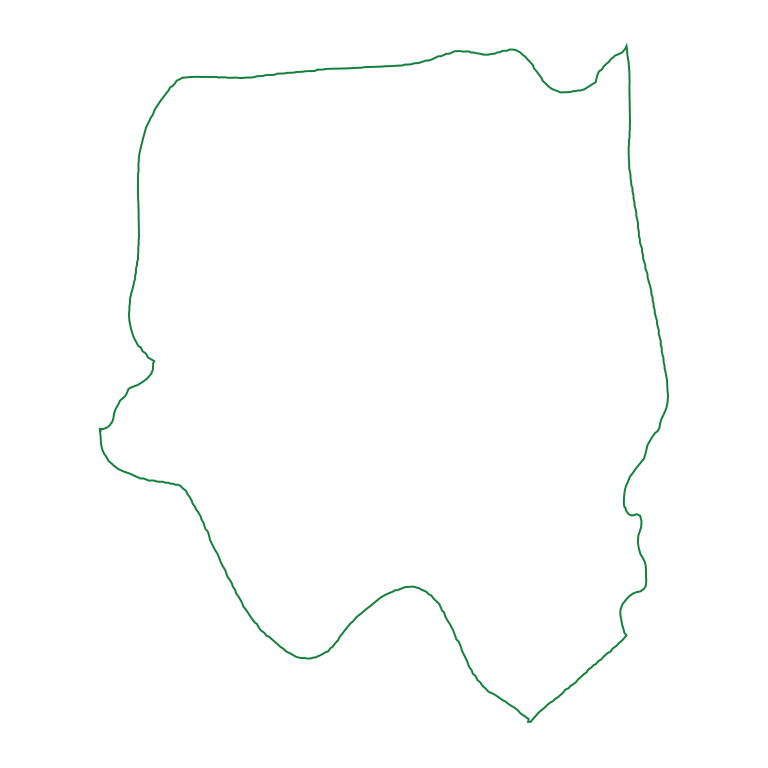 Cidade De Chimoio, Manica, Mozambique (Equal Earth projection)
{"feature_id": "85939544B35135302322965", "entity_name": "Cidade De Chimoio", "entity_type": "district", "adm_level": 2, "iso_a3": "MOZ", "parent_name": "Mozambique", "parent_adm1": "Manica", "projection": "equal_earth", "projection_center": [33.456, -19.135], "detail": "fine", "context": "isolated", "style": "outline", "palette": "green", "viewbox_px": 768, "rotation_deg": 0, "n_neighbors": 0, "source": "geoboundaries", "source_scale": "gbopen_adm2", "svg_char_len": 6007}
<svg xmlns="http://www.w3.org/2000/svg" viewBox="0 0 768 768"><path d="M131.0,328.8L133.0,335.5L134.2,338.3L138.4,346.2L140.6,347.3L142.7,351.3L145.9,353.5L148.0,357.5L154.2,361.1L153.2,363.3L152.9,369.6L151.2,373.9L146.9,378.8L142.3,382.1L137.7,385.0L131.6,387.2L128.4,389.1L127.0,392.8L125.0,396.4L120.1,400.5L118.4,404.2L115.8,408.6L114.1,413.4L113.5,417.8L112.4,421.5L109.5,425.6L106.6,427.8L103.4,428.9L100.6,429.0L100.6,430.0L99.9,429.5L100.0,431.6L100.5,435.1L100.8,439.1L100.9,443.1L101.6,446.8L102.6,450.5L104.4,454.2L106.7,457.3L108.6,461.0L111.3,463.2L113.8,465.7L118.8,469.3L123.6,471.5L129.7,473.6L140.4,478.5L143.3,478.4L148.9,480.6L153.7,480.5L156.8,481.5L159.8,481.8L162.7,481.7L165.6,482.8L168.3,482.7L170.8,483.8L173.1,483.7L175.6,484.8L177.8,484.7L180.5,485.8L182.8,488.4L185.8,490.6L187.9,494.6L189.9,497.4L191.6,500.5L192.8,503.9L195.0,506.7L196.2,509.5L198.3,512.4L200.6,516.3L201.6,519.7L203.6,522.9L204.6,526.6L205.5,529.1L207.8,531.6L209.0,535.3L210.0,539.9L211.2,542.4L215.4,550.7L217.4,553.5L221.0,562.6L223.1,566.8L225.1,569.9L227.5,576.8L229.8,579.8L231.9,583.5L232.8,586.4L235.1,590.0L236.1,593.2L238.9,597.2L241.9,602.5L243.3,606.5L246.1,609.9L250.7,616.9L254.8,622.6L256.9,623.9L259.0,627.9L260.8,630.4L264.2,632.7L266.5,635.8L269.2,636.8L272.0,639.4L277.9,644.4L280.4,646.9L282.7,648.3L285.9,651.1L288.0,652.4L290.4,653.5L295.4,656.5L298.6,657.6L301.8,658.1L304.2,658.0L307.2,658.5L310.5,658.5L313.5,657.5L315.9,657.4L317.9,656.2L320.4,655.3L325.5,652.3L328.4,651.1L330.4,648.2L332.4,647.0L335.5,642.9L338.1,640.2L340.1,636.2L342.5,633.5L345.8,629.1L350.9,623.0L352.9,621.5L356.2,617.4L362.2,612.6L365.5,609.7L370.6,605.8L379.9,598.1L382.1,596.6L386.6,594.2L392.4,591.8L395.3,590.2L397.3,590.2L402.7,588.0L405.6,587.1L413.2,586.6L416.2,587.4L419.4,588.4L421.4,589.6L426.2,591.7L428.7,594.2L431.4,595.6L433.7,598.7L439.0,603.7L440.8,607.4L442.0,610.5L444.1,612.5L445.2,616.2L447.1,619.9L450.1,624.4L451.3,627.0L453.1,630.0L456.4,639.4L459.0,642.0L461.1,647.6L462.0,650.8L467.2,661.3L468.4,665.0L469.5,667.5L471.6,670.0L472.8,673.8L475.5,676.0L477.4,679.9L480.3,682.5L482.2,685.5L485.4,688.4L488.4,691.7L493.8,694.1L499.3,697.7L502.7,700.2L505.6,701.6L508.6,704.1L514.8,707.9L517.7,710.2L520.9,713.8L523.2,715.2L528.7,719.1L528.1,721.9L530.5,721.9L538.7,712.5L544.9,707.4L547.5,704.8L550.4,702.4L552.9,701.2L555.3,698.8L557.8,697.3L563.5,692.3L565.3,689.7L568.6,688.2L570.6,685.8L572.8,684.6L575.9,682.2L577.9,679.6L584.1,674.0L586.4,672.5L588.5,669.3L591.0,667.8L593.7,665.1L596.1,663.9L598.5,661.0L601.2,659.5L604.1,656.2L607.6,653.0L610.3,651.8L612.7,648.5L616.9,645.5L619.1,642.9L622.0,640.6L626.5,635.5L624.3,632.7L623.6,629.4L622.2,625.0L620.4,614.7L620.4,609.9L622.4,604.4L626.1,599.6L629.6,595.9L633.0,593.6L636.2,592.2L640.5,591.4L644.0,588.8L645.7,586.2L646.3,580.7L646.0,577.1L646.0,571.5L645.7,565.7L644.8,562.0L642.8,557.9L640.5,554.3L638.7,548.0L637.8,541.8L638.4,535.5L641.2,527.0L641.5,521.1L640.1,515.7L636.6,514.2L633.4,515.3L630.9,515.3L628.3,513.8L625.9,510.2L625.4,507.8L624.4,506.9L623.9,503.9L623.9,499.9L624.2,495.8L624.7,491.0L625.9,486.3L628.2,481.1L629.9,476.7L632.8,473.0L636.2,468.2L644.0,458.6L646.0,451.6L647.4,445.3L651.4,438.3L654.9,433.2L657.8,430.9L659.5,427.7L660.0,423.6L661.5,418.8L664.1,413.6L666.4,408.1L667.5,402.9L668.1,395.2L667.5,390.8L667.0,379.9L665.6,372.4L664.6,368.4L664.5,365.3L663.6,362.1L663.5,358.1L662.6,355.3L661.8,351.3L661.8,348.1L660.8,345.3L660.7,340.7L658.8,334.1L658.8,330.4L657.1,324.1L657.0,321.0L654.9,313.5L654.6,309.6L653.6,306.7L653.6,303.8L652.6,300.1L652.6,297.3L651.4,294.1L651.3,291.3L650.4,287.0L648.5,280.7L647.5,277.0L647.5,274.1L645.3,268.2L645.3,265.3L643.1,258.5L643.1,255.3L642.1,252.2L642.1,248.7L640.9,245.6L639.9,242.5L639.9,239.6L638.9,235.6L638.8,231.3L638.1,228.4L638.0,223.0L636.3,215.6L636.3,212.7L635.5,208.7L634.6,205.9L634.5,202.7L633.6,199.0L633.5,195.3L632.5,191.6L632.5,188.1L631.3,185.0L631.2,182.1L630.5,177.8L630.5,175.0L629.9,171.3L629.2,168.1L629.1,161.8L628.8,158.1L628.6,147.2L629.0,144.3L629.0,140.6L629.6,136.8L629.5,132.5L629.9,129.9L629.8,125.6L630.0,122.1L629.4,86.6L629.6,83.1L629.4,72.8L628.5,61.3L627.3,54.7L627.2,51.0L626.5,46.1L625.5,48.4L622.3,52.4L618.3,54.3L614.6,55.8L613.9,56.8L611.0,59.1L608.6,62.0L605.9,64.3L603.1,67.2L602.2,69.1L598.9,71.5L597.1,75.8L595.7,82.1L584.7,89.1L581.1,90.4L578.0,90.5L575.5,91.1L572.8,91.2L570.3,92.1L560.0,92.4L558.0,91.3L551.8,88.9L548.4,86.4L546.1,83.9L542.9,81.1L541.1,77.4L536.5,71.2L534.0,68.4L533.0,65.3L529.8,61.6L527.5,59.4L525.4,56.8L523.2,55.2L520.2,52.4L515.4,49.9L512.0,49.5L509.6,49.5L507.1,50.7L502.2,50.9L499.9,52.3L497.5,52.4L494.3,53.7L491.4,54.0L488.5,54.6L485.6,54.7L482.7,54.5L479.7,53.7L476.6,53.2L473.6,52.5L470.9,52.5L468.7,51.4L463.1,51.6L460.6,51.1L454.7,51.2L449.4,53.7L446.4,53.8L441.1,56.2L438.2,56.3L432.2,59.3L428.8,60.5L425.9,60.6L418.5,63.1L414.7,63.2L410.9,64.4L404.8,64.6L402.1,65.5L396.7,65.7L393.8,66.0L384.4,66.3L381.9,66.6L364.6,67.1L361.9,67.7L352.5,68.0L350.2,68.3L326.4,68.9L322.8,69.6L317.4,69.7L314.5,71.0L305.3,71.2L302.4,71.8L296.6,72.0L293.0,72.7L287.3,72.8L284.2,73.5L277.5,73.6L274.1,74.9L265.8,75.1L262.9,76.0L257.0,76.2L254.4,77.1L251.2,77.5L245.6,77.6L242.4,78.0L239.8,78.0L236.6,77.6L228.3,77.8L225.1,77.3L218.8,77.4L215.7,76.9L209.8,77.1L206.5,76.9L201.3,77.0L198.4,76.8L190.3,77.0L182.2,77.8L179.7,79.3L176.8,80.6L174.6,83.8L172.4,86.1L170.2,87.3L168.5,90.5L166.3,93.2L161.0,100.2L154.8,109.5L152.7,115.0L150.5,118.0L149.6,120.6L147.7,124.1L145.9,127.9L144.0,135.1L143.0,138.5L142.1,142.6L141.1,146.3L139.4,153.8L138.8,157.9L138.8,160.7L138.4,164.2L138.6,171.1L137.9,174.8L138.1,182.3L137.9,185.5L138.1,199.5L138.4,202.4L139.0,236.8L138.6,240.6L138.7,243.7L138.3,246.6L138.3,252.1L138.0,255.8L138.0,259.3L137.0,262.4L137.0,265.0L135.9,269.1L136.0,272.8L135.1,275.4L135.2,278.3L134.1,282.0L133.3,286.1L132.2,290.2L131.4,292.8L129.9,299.7L130.0,302.5L129.4,306.6L129.4,310.6L129.0,313.5L129.1,316.9L129.4,320.9L131.0,328.8Z" fill="none" stroke="#15803d" stroke-width="2"/></svg>